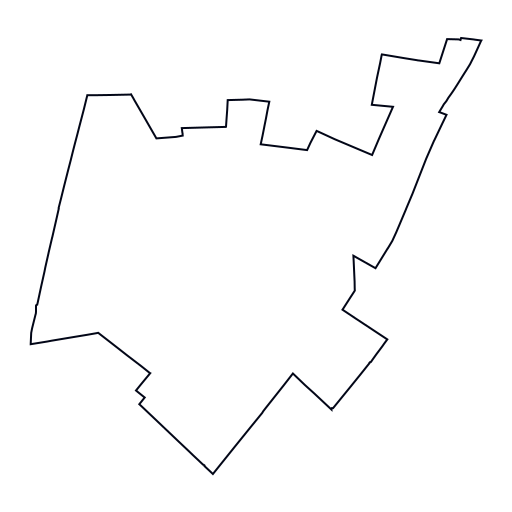 Dudesti, Braila, Romania
{"feature_id": "2599482B13678396959351", "entity_name": "Dudesti", "entity_type": "district", "adm_level": 2, "iso_a3": "ROU", "parent_name": "Romania", "parent_adm1": "Braila", "projection": "albers", "projection_center": [27.465, 44.874], "detail": "fine", "context": "isolated", "style": "outline", "palette": "ink", "viewbox_px": 512, "rotation_deg": 0, "n_neighbors": 0, "source": "geoboundaries", "source_scale": "gbopen_adm2", "svg_char_len": 2787}
<svg xmlns="http://www.w3.org/2000/svg" viewBox="0 0 512 512"><path d="M354.6,281.5L354.5,279.5L353.7,261.8L353.4,255.7L353.6,255.8L356.7,257.6L370.0,265.1L375.5,268.2L387.7,248.4L387.8,248.4L392.3,240.9L396.2,232.4L399.3,225.1L406.1,209.0L406.1,208.9L412.5,193.7L426.2,158.7L434.0,140.8L434.3,140.3L442.7,122.7L443.0,122.1L446.5,114.8L440.1,112.4L439.2,112.1L439.9,110.9L442.8,106.1L443.8,104.3L446.3,101.2L448.4,97.7L451.0,94.1L452.8,91.5L454.6,88.8L458.1,83.3L461.4,78.0L462.9,75.6L464.6,72.9L466.4,70.1L470.1,64.1L471.5,61.3L474.0,56.4L478.2,47.2L479.1,45.2L481.0,41.0L481.3,40.5L479.7,40.3L474.5,39.6L474.1,39.5L462.0,38.1L461.1,38.0L460.7,39.3L460.5,40.0L458.8,39.4L447.1,39.1L439.3,63.3L429.2,61.9L419.1,60.5L417.9,60.4L417.0,60.2L404.5,58.2L381.9,54.4L381.7,54.9L380.1,63.2L377.0,77.7L372.1,103.2L371.8,104.8L393.0,106.8L382.9,129.8L378.7,139.4L372.1,155.0L337.3,140.3L334.7,139.2L320.6,132.7L316.6,130.9L310.4,142.9L307.1,150.1L288.2,147.7L260.7,144.3L262.5,135.9L264.3,126.8L264.3,126.7L265.9,118.8L267.4,110.7L268.1,107.3L269.3,101.7L249.6,99.4L249.4,99.4L242.5,99.7L227.7,100.1L227.2,109.9L226.6,118.0L226.0,126.8L225.8,126.9L210.3,127.3L210.2,127.3L181.8,128.1L182.4,132.8L182.5,133.0L182.6,133.7L182.6,134.4L182.6,134.7L182.7,135.6L176.0,136.9L156.4,138.4L143.7,116.3L135.2,101.6L134.6,100.6L133.3,98.2L131.5,95.1L131.0,94.3L130.5,94.6L129.0,94.6L109.8,95.0L95.8,95.2L89.5,95.2L87.3,95.2L87.2,95.8L86.8,97.3L83.8,109.5L82.7,113.7L81.6,117.9L79.4,126.3L77.2,134.9L74.9,143.6L72.8,151.8L70.7,160.3L68.1,170.3L64.3,185.3L62.1,194.2L61.2,197.9L58.6,208.1L58.8,208.5L56.3,219.6L52.3,237.1L52.2,237.3L48.8,251.8L48.3,254.1L45.3,267.4L44.5,271.5L42.8,279.1L41.1,286.7L37.7,302.6L37.2,304.7L36.7,304.8L36.3,305.1L36.1,305.4L36.0,305.8L36.0,306.0L36.0,307.8L36.0,311.8L35.8,313.8L35.6,314.3L32.1,328.3L31.2,332.9L30.7,343.9L30.7,344.2L39.4,342.8L47.4,341.5L51.6,340.7L76.2,336.6L87.2,334.8L96.9,333.1L98.2,332.8L99.7,334.0L112.2,343.7L116.3,346.9L127.3,355.5L141.3,366.2L149.8,373.0L150.2,373.2L146.3,377.9L143.0,381.9L141.1,384.2L136.0,390.5L138.2,392.3L142.8,396.0L144.7,397.5L139.3,404.2L142.2,406.9L176.5,439.5L178.6,441.5L189.6,451.9L192.8,455.0L196.1,458.1L203.1,464.7L203.6,464.8L204.0,465.1L204.4,465.3L204.6,465.6L204.5,466.1L207.8,469.2L212.7,473.8L212.9,474.0L234.8,446.7L250.4,427.4L262.3,412.8L263.1,411.4L265.8,407.9L283.8,385.2L292.9,373.5L305.1,385.2L314.2,393.4L331.5,409.6L331.5,408.9L331.5,408.5L331.7,408.3L331.8,408.1L332.5,408.1L333.1,408.1L349.8,387.6L360.8,374.0L366.3,367.1L369.5,363.1L369.4,362.9L370.1,362.1L371.0,361.9L372.4,359.8L376.4,354.2L379.1,350.6L382.4,346.2L384.2,343.6L386.2,340.9L387.3,339.4L355.5,318.4L346.7,312.5L342.5,309.7L350.4,297.4L352.1,294.8L354.8,290.6L354.7,288.2L354.6,281.5Z" fill="none" stroke="#020617" stroke-width="2"/></svg>